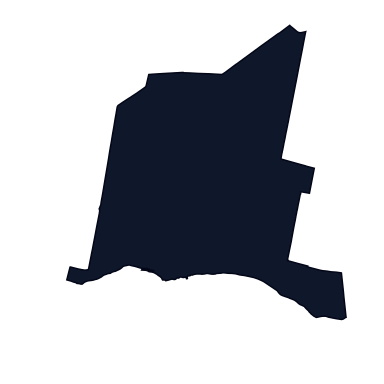 the district of Costinesti, Constanta, Romania, rotated 81°
{"feature_id": "2599482B66221023435885", "entity_name": "Costinesti", "entity_type": "district", "adm_level": 2, "iso_a3": "ROU", "parent_name": "Romania", "parent_adm1": "Constanta", "projection": "mercator", "projection_center": [28.629, 43.947], "detail": "fine", "context": "isolated", "style": "filled", "palette": "ink", "viewbox_px": 384, "rotation_deg": 81, "n_neighbors": 0, "source": "geoboundaries", "source_scale": "gbopen_adm2", "svg_char_len": 5543}
<svg xmlns="http://www.w3.org/2000/svg" viewBox="0 0 384 384"><g transform="rotate(81 192 192)"><path d="M339.9,59.4L338.6,59.4L333.2,59.1L319.2,58.4L313.4,58.0L313.2,58.0L295.3,57.1L295.2,57.3L293.7,62.2L293.3,64.1L293.2,64.4L292.9,65.8L292.7,66.7L292.0,68.9L291.3,71.0L291.2,71.2L291.1,71.8L290.3,74.8L290.1,75.5L289.3,77.7L284.1,89.6L283.3,89.2L282.0,92.1L281.1,94.2L279.0,99.0L277.5,102.3L276.3,104.9L275.4,106.9L274.9,108.0L274.4,107.8L274.2,108.2L274.1,108.4L255.5,101.4L255.3,101.4L249.9,99.5L244.5,97.6L240.3,96.1L235.8,94.4L232.3,93.2L231.7,93.0L230.2,92.4L227.0,91.3L226.2,90.9L221.1,89.1L217.7,87.8L214.7,86.7L212.5,85.9L211.3,85.5L211.2,85.2L210.1,84.8L209.2,84.4L208.7,84.3L208.9,84.0L211.6,76.2L193.4,69.6L187.7,67.5L184.4,75.1L183.9,75.9L181.7,80.8L176.2,92.8L173.3,99.0L168.7,97.5L166.5,96.6L165.8,96.4L164.7,95.9L163.0,95.3L160.8,94.5L159.8,94.1L159.0,93.9L158.5,93.7L156.4,92.9L154.9,92.3L154.3,92.1L153.0,91.6L151.9,91.2L150.6,90.8L149.9,90.5L147.9,89.8L146.7,89.3L145.7,88.9L144.8,88.6L143.7,88.2L142.7,87.8L141.1,87.2L140.1,86.9L139.7,86.7L139.1,86.5L138.9,86.4L137.6,85.9L134.7,84.9L129.3,82.9L125.2,81.4L120.5,79.7L100.2,72.3L100.0,72.2L76.7,63.8L68.8,60.9L64.6,59.4L63.7,59.1L52.1,54.9L51.4,54.6L51.5,55.5L51.7,59.4L51.3,61.4L50.2,63.0L48.3,64.6L45.9,66.7L43.6,68.8L43.2,69.1L42.7,69.4L48.3,80.0L49.0,81.3L48.9,81.7L58.4,100.5L73.3,129.4L73.2,129.4L78.4,139.2L79.0,140.3L80.6,143.9L80.5,144.4L80.3,145.6L78.0,156.2L75.8,167.7L74.1,175.5L73.0,181.2L72.5,182.1L70.5,201.9L69.5,212.4L69.2,216.3L79.5,220.5L80.8,221.2L82.0,223.5L86.1,231.9L89.6,239.7L89.6,239.8L92.6,246.5L94.3,250.0L94.8,251.2L95.5,252.0L96.4,252.6L103.3,254.9L108.2,256.6L115.5,259.0L121.6,261.1L129.8,263.8L135.0,265.6L140.7,267.5L144.5,268.7L149.9,270.5L160.6,274.1L174.9,278.9L179.1,280.3L183.8,281.9L183.9,282.0L188.4,283.5L189.9,283.9L190.6,284.2L194.1,286.3L194.2,286.2L196.0,286.1L198.7,286.9L209.6,290.9L218.0,293.9L221.1,295.0L225.2,296.5L232.5,299.1L237.5,301.0L238.7,301.4L251.3,306.0L252.5,306.7L252.5,309.2L252.3,310.5L251.3,313.5L250.1,316.7L247.4,323.0L247.1,323.6L247.1,324.2L259.2,329.4L259.3,329.1L259.8,328.2L260.5,326.6L261.2,325.1L261.9,324.0L262.5,322.8L263.1,321.5L263.6,320.5L263.6,320.4L264.3,320.0L264.5,319.1L264.7,318.4L264.8,317.9L265.0,317.4L265.5,316.4L265.7,315.5L265.8,315.0L265.6,314.5L265.2,313.8L264.5,312.8L264.1,311.7L263.7,310.1L263.5,309.0L263.5,307.8L263.5,307.5L263.6,305.7L263.6,303.5L263.3,301.6L263.2,299.8L262.9,298.4L262.3,296.6L261.8,295.0L261.2,294.0L261.1,293.8L260.5,292.6L260.1,291.4L259.9,289.9L259.8,289.5L259.7,289.2L259.6,288.7L259.4,287.1L259.5,286.1L259.5,285.3L258.8,284.0L258.5,282.6L258.3,281.4L258.3,280.2L257.8,278.4L257.6,277.7L257.2,276.3L256.6,274.6L256.4,274.4L255.9,273.4L254.8,271.9L254.4,270.0L254.4,268.9L254.4,268.5L254.2,266.5L254.4,265.0L255.1,263.7L255.7,262.1L256.7,259.6L257.5,257.9L258.1,256.7L258.7,255.5L259.0,254.8L259.5,253.6L259.6,252.9L259.7,252.7L260.1,251.7L260.2,250.9L260.4,249.7L260.5,248.7L260.9,247.6L261.4,246.7L262.1,245.9L262.5,245.4L262.8,245.0L262.9,244.4L263.1,243.6L263.3,243.2L263.5,242.4L263.6,242.2L264.0,242.1L264.1,242.8L264.1,243.6L263.9,243.7L263.7,243.8L263.6,244.5L263.6,245.0L263.4,245.1L263.2,245.1L263.0,245.4L263.0,245.6L263.0,246.4L263.0,246.5L262.7,246.6L262.6,246.8L262.6,247.2L262.5,247.4L262.1,247.4L262.0,247.6L262.0,248.0L262.1,249.2L262.0,249.3L261.7,249.4L261.5,249.5L261.5,250.3L261.5,250.6L261.3,250.7L261.1,250.7L260.9,250.8L260.9,251.0L260.9,251.3L260.9,252.6L261.0,253.9L261.2,254.0L261.3,253.4L261.6,252.2L261.8,251.4L261.9,250.6L262.2,249.7L262.7,248.5L263.2,247.8L263.8,247.2L264.2,246.2L264.6,244.8L264.8,244.0L265.7,242.2L266.6,241.0L267.8,239.5L269.1,238.4L269.6,237.8L270.5,236.8L271.3,236.1L272.2,235.5L273.5,235.1L274.1,234.9L274.3,234.8L274.3,234.7L274.4,234.1L274.5,233.0L274.9,232.4L275.5,231.9L275.5,231.2L275.4,230.3L275.3,228.8L275.1,227.4L274.9,225.9L275.0,225.0L275.2,224.4L275.5,223.8L275.7,223.1L275.7,222.6L275.6,222.0L275.4,221.5L275.0,221.2L274.7,221.0L274.7,220.6L274.7,220.0L274.4,219.8L274.5,219.6L274.7,219.4L274.8,219.1L274.9,218.5L274.5,217.8L274.2,217.0L274.1,216.2L274.4,215.7L274.8,214.9L275.1,214.0L275.1,212.9L275.1,211.9L275.4,211.2L276.3,211.1L276.8,211.0L276.8,210.9L276.8,210.7L276.8,210.2L276.5,210.0L275.9,210.2L275.3,210.2L275.2,209.9L274.5,209.7L274.4,209.5L274.3,208.2L274.4,207.4L274.3,206.8L274.1,206.7L273.7,206.6L273.7,205.8L273.9,205.6L274.1,204.9L273.7,202.5L273.7,200.2L274.2,197.0L274.7,195.2L274.9,192.7L274.8,191.2L274.8,189.7L275.5,187.5L276.1,185.8L276.2,185.4L276.5,183.7L276.6,181.9L276.6,181.5L276.4,181.4L276.3,181.0L276.4,179.3L276.7,175.9L276.7,175.3L276.7,175.1L276.4,174.9L276.5,174.6L277.3,171.3L278.1,168.4L278.5,165.9L278.6,165.5L278.8,164.7L279.6,161.7L281.3,157.9L281.4,157.6L282.3,154.6L282.6,153.5L284.5,148.5L286.2,144.2L288.1,140.6L290.1,137.5L291.8,135.1L292.0,134.9L294.7,132.0L302.6,123.5L302.6,123.4L304.0,122.7L305.5,121.9L306.4,121.2L306.8,121.0L307.3,120.5L308.3,119.1L309.9,116.2L311.1,113.8L311.7,112.8L312.3,112.0L313.3,110.2L313.5,109.8L314.9,107.6L316.7,105.8L318.9,104.1L320.2,102.7L321.1,101.1L321.5,100.7L321.9,99.9L322.7,98.9L323.3,98.6L325.3,97.3L327.2,95.8L327.6,95.5L328.8,95.0L329.4,94.5L330.4,93.8L331.1,93.4L332.6,92.0L333.7,91.0L333.8,90.9L334.5,89.9L335.3,88.9L335.3,88.0L335.1,84.7L335.1,83.6L335.1,82.9L335.4,80.3L335.8,78.8L336.6,77.5L337.1,76.4L338.2,73.4L338.4,72.9L339.7,69.3L340.3,67.4L341.0,65.2L341.3,64.3L341.3,64.1L341.2,62.7L340.7,61.5L340.1,60.4L339.9,59.4Z" fill="#0f172a" stroke="#020617" stroke-width="1.5"/></g></svg>